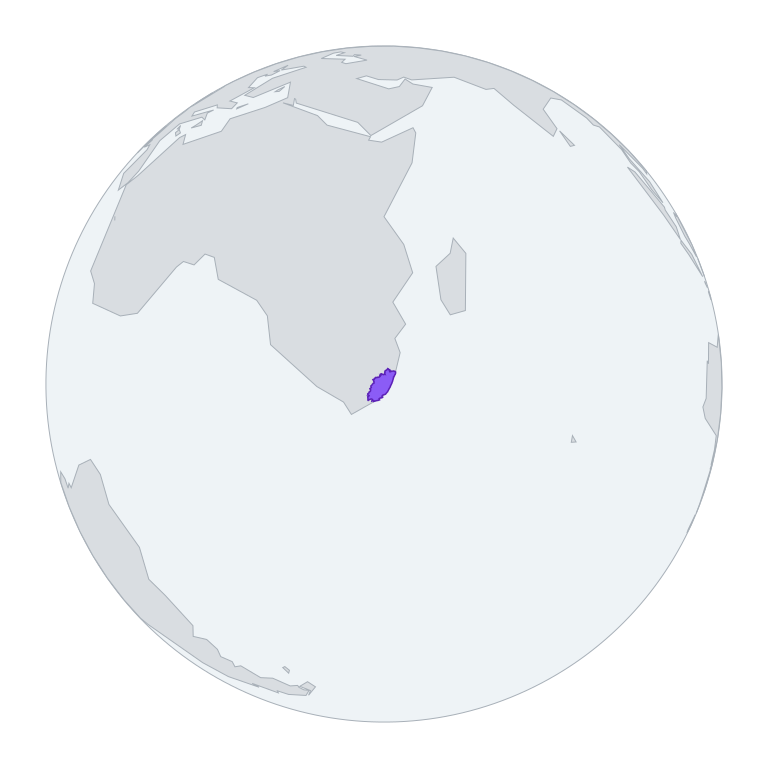 Eastern Cape highlighted on a globe, orthographic projection, rotated 335°
{"feature_id": "ZAF-1926", "entity_name": "Eastern Cape", "entity_type": "Province", "adm_level": 1, "iso_a3": "ZAF", "parent_name": "South Africa", "parent_adm1": "", "projection": "orthographic", "projection_center": [27.087, -32.092], "detail": "fine", "context": "on_globe", "style": "filled", "palette": "violet", "viewbox_px": 768, "rotation_deg": 335, "n_neighbors": 0, "source": "natural_earth", "source_scale": "10m", "svg_char_len": 8821}
<svg xmlns="http://www.w3.org/2000/svg" viewBox="0 0 768 768"><g transform="rotate(335 384 384)"><circle cx="384" cy="384" r="338" fill="#eef3f6" stroke="#a8b0b8"/><path d="M49.6,335.3L49.6,336.3L53.9,327.0L54.8,335.1L53.7,344.9L56.5,340.9L56.7,345.8L73.2,328.5L86.1,328.3L88.7,346.1L83.8,376.9L93.3,428.7L88.3,461.6L96.4,483.2L108.7,522.3L104.4,532.1L115.3,540.6L120.9,554.1L120.8,562.1L129.1,571.5L129.4,577.3L135.1,578.9L148.1,598.0L158.8,603.6L171.4,618.0L178.4,620.7L178.7,623.0L182.1,627.3L186.6,630.0L181.7,633.3L166.3,625.0L157.7,617.0L157.7,619.3L138.0,599.6L142.6,606.0L119.3,583.4L101.9,559.9L68.5,502.1L65.1,494.9L65.0,495.4L57.1,469.5L51.3,443.1L47.6,416.3L46.1,389.3L46.8,362.2L49.6,335.3ZM193.9,629.5L184.1,634.2L187.8,630.8L179.9,622.4L188.9,621.5L193.9,629.5ZM175.4,605.8L172.4,598.2L174.7,598.2L177.3,603.5L175.4,605.8ZM330.1,50.4L326.6,51.1L328.8,51.0L358.6,47.6L364.4,47.0L366.5,46.5L374.5,46.3L373.8,46.2L397.7,46.4L421.6,48.2L445.3,51.7L468.7,56.9L491.7,63.7L514.1,72.1L535.9,82.1L556.9,93.7L577.0,106.6L596.2,121.0L614.3,136.7L631.2,153.7L646.9,171.8L661.3,190.9L674.3,211.1L685.8,232.1L695.8,253.8L704.3,276.2L711.1,299.2L711.8,302.0L710.9,304.5L709.6,297.9L698.4,266.6L701.5,283.7L710.2,312.8L713.4,337.6L708.9,321.7L705.1,299.6L701.0,288.0L698.4,271.9L687.9,242.1L683.2,237.8L680.0,228.5L664.8,201.5L656.0,195.3L644.4,202.2L648.7,225.7L642.1,231.1L619.4,186.2L608.6,162.6L600.9,160.1L577.2,135.6L537.6,120.1L531.6,114.2L524.3,114.0L507.6,105.7L498.3,97.3L488.4,95.7L513.0,118.5L523.6,120.9L532.0,116.5L536.9,124.3L553.0,135.6L536.5,148.1L477.1,153.3L470.8,135.8L423.2,92.3L424.3,88.6L424.1,88.2L423.5,87.5L419.6,93.2L411.3,86.5L437.2,112.7L441.8,125.3L476.3,154.2L473.1,156.5L484.1,163.8L518.6,164.0L518.9,169.9L502.9,195.4L454.7,232.4L460.9,265.9L457.0,295.3L426.6,313.5L428.9,338.9L413.1,347.3L411.9,362.4L399.0,378.6L377.6,395.0L341.6,397.8L339.7,383.3L322.1,358.0L297.8,300.4L307.1,272.9L304.0,254.3L278.0,219.1L283.7,197.5L276.7,190.6L262.2,195.8L254.0,188.2L245.3,190.3L190.4,215.7L173.8,210.9L154.1,187.8L164.0,170.7L165.9,157.6L234.6,94.5L249.0,91.1L302.9,74.3L309.6,74.1L303.1,81.9L343.4,86.2L356.6,78.6L393.2,83.1L417.7,83.8L426.8,70.9L386.6,69.1L379.8,63.5L412.1,59.8L447.2,64.0L445.7,62.1L423.6,56.1L431.8,54.6L416.0,54.2L422.3,56.1L412.6,56.4L406.2,54.7L409.4,54.0L398.8,52.9L386.5,58.1L391.6,60.7L363.9,62.4L369.8,67.2L362.2,70.1L349.5,63.2L350.9,60.6L327.2,57.4L323.2,60.0L345.4,63.7L338.4,63.8L333.2,68.9L331.7,65.2L308.6,61.9L283.7,68.7L251.6,87.4L237.2,93.3L225.2,96.0L237.1,83.1L268.2,71.6L272.8,68.2L266.8,68.1L276.8,65.1L278.1,64.0L289.9,60.6L306.7,55.4L318.7,52.9L324.5,51.4L330.1,50.4ZM351.6,47.6L347.4,48.2L337.1,49.5L336.0,49.5L351.6,47.6ZM211.0,118.3L209.1,122.0L211.0,118.3ZM484.8,77.6L505.5,83.3L495.3,74.5L502.4,76.3L496.4,73.0L494.5,73.9L479.5,66.0L488.1,67.0L485.1,64.7L478.0,62.8L464.7,62.5L486.0,73.2L481.6,74.6L484.8,77.6ZM273.4,64.7L258.1,70.4L273.4,64.7ZM292.0,58.9L296.2,58.0L292.6,59.4L266.5,67.6L277.1,63.7L272.6,65.0L284.6,61.0L292.0,58.9ZM317.4,70.5L322.6,70.0L330.8,68.7L327.7,72.3L317.4,70.5ZM301.2,68.1L306.0,66.9L305.6,70.4L300.2,71.3L301.2,68.1ZM308.9,63.7L306.2,66.5L304.5,65.5L308.9,63.7ZM331.0,50.3L336.1,49.5L336.5,49.5L333.6,50.1L331.0,50.3ZM419.8,72.5L412.6,74.5L408.9,73.1L412.1,72.6L419.8,72.5ZM367.8,71.4L379.5,72.7L366.8,72.4L367.8,71.4ZM533.0,510.4L533.6,517.7L529.1,516.0L533.0,510.4ZM513.4,300.2L488.8,351.8L473.3,349.3L471.2,331.7L480.8,299.4L499.2,293.5L508.4,281.0L513.4,300.2ZM717.0,437.3L716.1,444.9L715.9,446.1L717.0,437.3ZM718.2,426.1L717.8,433.6L717.7,427.9L718.2,426.1ZM716.5,444.1L717.5,436.6L717.0,441.4L717.0,441.7L716.5,444.1ZM718.2,421.4L714.9,395.4L712.5,381.9L713.9,379.2L717.7,396.6L718.2,421.4ZM713.7,378.3L708.9,349.5L696.3,290.3L701.0,297.8L712.9,342.3L712.4,345.2L715.3,365.1L713.7,378.3ZM721.9,388.2L721.8,389.8L721.0,401.1L720.0,385.7L719.1,377.2L718.5,356.5L718.9,350.8L719.9,356.3L720.5,352.7L721.9,388.2ZM650.1,228.8L657.5,248.2L653.3,247.4L650.1,228.8ZM598.3,644.3L610.9,633.9L602.6,641.7L595.5,647.1L598.3,644.3ZM612.2,633.2L613.1,632.4L619.6,626.2L619.6,625.9L628.0,616.8L644.1,599.1L643.7,598.8L649.4,592.8L646.2,595.5L655.9,583.0L663.3,571.2L660.6,550.9L663.3,539.6L669.9,533.2L686.8,499.5L686.6,502.8L695.7,483.7L701.5,491.5L707.9,480.4L707.1,482.9L698.7,507.2L688.4,530.7L676.4,553.4L662.7,575.1L647.4,595.7L630.5,615.1L612.2,633.2ZM719.9,421.3L719.8,422.0L720.2,418.0L721.4,403.3L721.4,402.9L719.9,421.3Z" fill="#d9dde1" stroke="#a8b0b8" stroke-width="1"/><path d="M391.9,372.5L392.4,372.3L392.7,372.3L393.0,372.1L393.9,371.6L394.1,372.0L394.4,372.2L394.4,372.3L394.3,372.5L394.3,372.8L394.4,373.2L394.6,373.5L395.0,373.6L394.9,373.4L395.1,373.4L395.3,373.7L395.2,374.0L394.9,374.2L394.7,374.3L394.7,374.5L394.6,374.8L394.5,375.0L394.3,375.2L394.4,375.4L394.7,375.5L394.8,375.4L395.0,375.5L395.4,375.7L395.5,375.6L395.8,375.5L396.0,375.4L396.5,375.7L396.6,375.8L396.8,375.9L397.1,375.9L397.5,376.1L397.9,376.2L398.2,376.4L398.3,376.5L398.4,376.4L398.5,376.5L398.6,376.8L398.8,376.8L399.0,376.9L399.1,377.1L399.3,377.2L399.3,377.3L399.4,377.5L399.4,377.8L399.6,378.0L399.3,378.7L399.2,378.8L399.0,379.2L398.7,379.5L398.0,380.2L397.9,380.2L397.6,380.3L397.4,380.4L397.3,380.5L397.0,380.9L396.8,381.0L396.7,381.2L396.3,381.4L396.0,381.6L395.9,381.7L395.7,381.7L395.7,381.8L395.6,382.0L395.4,382.1L395.4,382.3L395.1,382.5L394.9,382.8L394.7,383.1L394.3,383.4L394.2,383.7L394.0,383.9L393.4,384.5L392.9,385.2L392.6,385.4L391.9,386.1L391.6,386.3L391.3,386.6L391.3,386.8L390.7,387.2L390.6,387.3L390.3,387.5L390.2,387.7L390.0,387.8L389.6,388.1L389.3,388.1L389.2,388.3L389.0,388.7L388.9,388.8L388.4,389.3L388.2,389.3L388.1,389.5L387.8,389.7L387.7,389.8L387.3,390.0L387.2,390.0L386.7,390.5L386.2,390.7L386.2,390.8L386.0,391.0L385.9,391.0L385.7,391.2L385.3,391.5L385.2,391.6L384.7,391.9L384.6,392.0L384.3,392.2L384.2,392.3L384.1,392.5L383.9,392.5L383.5,392.7L383.2,392.8L382.9,393.0L382.6,393.1L382.4,393.2L381.9,393.4L381.8,393.5L381.7,393.6L381.2,393.8L380.8,393.9L380.4,393.8L380.1,393.9L379.8,393.7L379.1,393.6L378.4,393.6L378.0,393.6L377.6,393.8L377.3,394.0L377.1,394.1L377.0,394.3L376.9,394.4L376.8,394.8L376.8,395.0L377.0,395.1L377.2,395.4L377.2,395.5L376.9,395.6L376.7,395.6L376.2,395.5L375.8,395.5L375.7,395.4L375.3,395.3L375.2,395.2L374.7,395.1L374.3,395.1L373.8,395.2L373.6,395.3L373.4,395.3L373.4,395.7L373.4,395.8L373.0,396.1L373.0,396.3L373.1,396.5L372.9,396.5L372.5,396.5L372.1,396.4L371.8,396.4L371.7,396.4L371.3,396.3L371.1,396.2L370.9,396.1L370.2,396.0L370.0,395.9L369.7,395.8L368.8,395.7L368.5,395.6L368.0,395.6L367.1,395.4L367.1,395.1L367.4,394.8L366.7,394.5L366.6,394.3L366.3,394.2L366.2,394.3L365.8,394.3L366.1,393.9L367.0,393.4L366.8,393.0L366.7,392.6L366.4,392.4L366.0,392.2L365.2,392.0L364.0,392.0L363.4,392.1L362.7,392.2L362.6,391.9L362.6,391.7L363.4,390.3L363.5,390.1L363.4,389.8L363.5,389.6L363.6,389.4L363.8,389.1L364.1,388.9L364.1,388.4L364.2,388.5L364.3,388.7L364.5,388.7L365.1,388.5L365.4,388.5L365.6,388.3L365.4,388.1L365.3,387.9L365.1,387.7L365.1,387.4L365.1,387.2L364.9,386.8L364.9,386.5L364.9,386.3L365.1,386.1L365.3,385.9L365.6,385.9L365.9,385.8L366.6,385.7L366.8,385.5L367.0,385.1L367.2,384.9L367.4,384.9L367.8,385.0L368.0,385.0L368.7,384.7L368.8,384.5L369.0,384.4L369.1,384.2L369.1,383.9L369.2,383.7L369.3,383.6L369.5,383.4L369.4,383.2L369.2,383.0L369.2,382.8L369.3,382.7L369.3,382.4L369.3,382.2L369.7,382.2L370.2,382.0L371.0,381.9L371.1,381.0L371.1,380.6L371.3,380.2L372.0,380.0L372.3,380.0L372.5,379.9L372.8,379.7L373.0,379.6L373.3,379.3L373.8,379.2L374.6,378.8L375.2,379.0L375.4,378.9L375.4,378.6L375.6,378.4L375.7,378.2L375.9,377.8L375.8,377.6L376.0,377.4L376.0,377.2L375.9,376.9L375.9,376.7L376.0,376.6L376.1,376.4L375.9,376.2L375.8,375.3L376.3,375.3L376.5,375.3L376.6,375.5L376.8,375.6L377.1,375.7L377.3,375.6L377.7,375.3L377.8,375.2L377.9,374.9L378.0,374.9L378.2,375.0L378.4,374.8L378.8,374.7L379.0,374.8L379.2,374.7L379.3,374.6L379.5,374.8L379.8,374.9L379.8,375.0L380.1,375.1L380.7,375.0L380.9,375.1L380.9,375.3L381.0,375.4L381.2,375.5L381.3,375.5L381.6,375.5L381.8,375.6L382.0,375.6L382.3,375.6L382.6,375.5L382.8,375.7L383.2,375.5L383.3,375.5L383.2,375.3L383.3,375.2L383.5,375.1L383.6,374.9L383.9,374.8L384.2,374.8L384.3,374.8L384.2,374.6L384.3,374.6L384.5,374.6L384.8,374.5L385.0,374.6L385.2,374.4L385.1,374.2L385.3,374.3L385.4,374.2L385.2,374.1L385.3,373.9L385.5,373.9L385.4,373.8L385.3,373.6L385.5,373.5L385.8,373.5L386.0,373.8L386.3,373.9L386.3,374.0L386.5,374.4L386.6,374.5L386.9,374.8L387.2,375.1L387.3,375.2L387.5,375.3L387.9,375.2L388.0,375.3L388.3,375.5L388.9,375.5L389.0,375.6L389.0,375.3L389.0,375.1L389.4,374.6L389.3,374.4L389.8,374.0L389.8,373.9L389.8,373.6L389.7,373.5L389.7,373.4L390.0,373.2L390.3,373.0L390.4,372.9L390.5,372.6L391.0,372.6L391.3,372.4L391.5,372.4L391.7,372.5L391.9,372.5Z" fill="#8b5cf6" stroke="#5b21b6" stroke-width="1.5"/></g></svg>